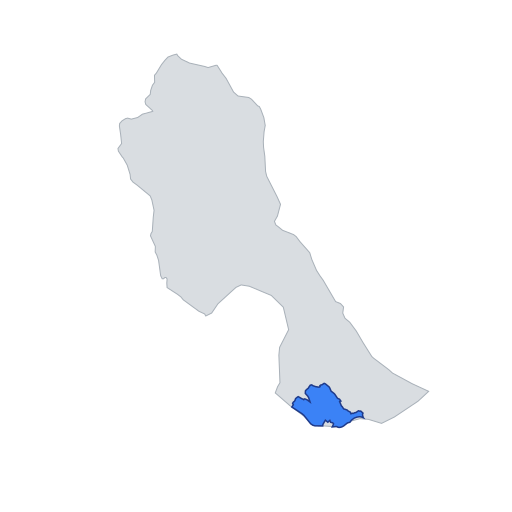 Ventspils highlighted on a map of Latvia, rotated 234°
{"feature_id": "LVA-934", "entity_name": "Ventspils", "entity_type": "Municipality", "adm_level": 1, "iso_a3": "LVA", "parent_name": "Latvia", "parent_adm1": "", "projection": "robinson", "projection_center": [21.854, 57.3], "detail": "fine", "context": "in_parent", "style": "filled", "palette": "blue", "viewbox_px": 512, "rotation_deg": 234, "n_neighbors": 0, "source": "natural_earth", "source_scale": "10m", "svg_char_len": 3284}
<svg xmlns="http://www.w3.org/2000/svg" viewBox="0 0 512 512"><g transform="rotate(234 256 256)"><path d="M375.0,346.5L372.0,346.1L363.4,343.7L356.2,340.2L351.8,335.6L344.2,329.1L339.3,325.9L331.6,321.8L318.7,313.4L314.1,311.5L291.6,307.9L283.4,306.2L275.7,296.8L273.2,291.3L269.5,290.3L265.5,291.5L261.2,292.6L251.2,299.0L248.0,299.9L241.7,300.0L227.1,301.4L220.4,299.1L208.8,296.5L202.5,296.1L197.0,296.1L172.3,293.6L167.8,296.4L163.3,296.9L158.8,292.6L153.3,291.4L147.3,292.9L136.3,293.0L123.2,291.7L106.6,290.6L104.1,291.1L85.6,296.7L81.1,297.6L61.0,307.2L45.0,316.1L43.3,301.8L44.4,273.3L46.8,259.2L57.8,250.9L63.3,244.5L66.6,235.9L67.6,228.0L69.8,221.5L85.6,202.7L98.1,200.7L115.0,195.5L133.9,191.1L137.6,196.7L139.4,200.9L162.3,216.2L168.2,221.4L177.2,239.1L198.5,248.0L215.1,245.2L222.3,240.8L235.5,232.8L241.3,227.0L242.4,221.3L239.7,197.1L235.9,186.6L237.0,180.1L239.3,180.4L244.9,177.3L263.3,171.4L267.0,171.2L271.1,170.0L282.7,165.5L286.5,167.9L289.7,170.6L291.4,170.6L292.2,169.6L291.9,167.9L292.7,166.7L296.1,167.3L309.7,174.6L315.0,176.3L318.5,176.8L322.9,180.2L334.4,182.5L335.9,184.3L336.8,186.5L347.9,195.8L352.9,200.4L362.6,204.7L366.8,205.7L383.5,201.4L388.1,199.9L392.0,199.8L396.0,202.1L405.1,205.2L413.3,206.2L414.8,206.0L421.7,206.3L424.1,207.5L426.0,213.4L434.0,218.0L441.5,221.9L443.4,223.7L444.1,227.1L443.8,231.2L443.0,233.2L440.0,235.6L437.6,241.7L437.5,247.5L433.7,257.5L434.6,257.7L443.4,255.9L446.0,256.9L448.0,259.1L448.9,265.4L451.9,268.2L455.0,272.6L456.1,276.1L461.9,280.1L462.5,282.8L466.4,292.1L467.9,297.5L468.7,301.7L467.3,307.0L465.9,310.6L464.1,310.4L459.1,311.3L451.2,315.6L439.6,325.8L436.6,328.0L433.8,335.8L433.1,336.6L426.1,336.2L424.2,336.0L417.2,336.2L401.8,334.2L396.0,335.5L388.5,343.3L385.5,344.5L376.5,345.6L375.0,346.5Z" fill="#d9dde1" stroke="#a8b0b8" stroke-width="1"/><path d="M62.0,247.8L63.9,246.6L65.2,245.2L66.3,243.0L67.1,240.3L67.1,237.2L67.0,236.4L66.3,234.4L66.5,233.6L67.0,232.5L67.2,231.9L67.0,227.0L67.2,225.4L67.6,224.0L68.3,222.7L69.2,221.7L70.2,221.3L71.0,220.6L72.9,217.2L73.8,218.8L74.6,220.1L76.0,220.0L77.6,218.6L79.6,219.1L79.3,216.4L82.4,215.6L80.5,211.3L80.0,210.6L79.3,210.1L83.9,203.9L85.7,202.5L88.1,201.6L98.9,201.1L101.4,200.5L112.8,196.2L113.6,198.5L113.9,198.9L114.6,198.8L115.3,199.0L115.9,200.6L115.8,201.4L116.1,202.3L116.6,203.2L117.2,203.9L117.4,204.4L117.5,206.8L117.4,207.5L113.4,209.3L112.6,209.9L111.7,210.2L111.9,210.7L111.9,211.2L111.3,211.8L109.6,212.8L106.1,213.9L110.4,215.3L112.4,215.5L115.8,215.1L116.7,215.8L117.7,216.6L118.0,217.0L118.3,219.3L118.3,220.6L118.8,221.6L119.6,224.0L119.3,224.2L119.2,225.0L118.9,225.4L117.6,225.8L115.2,227.5L112.9,229.8L112.6,230.8L112.7,231.1L113.5,231.4L113.6,232.4L113.2,233.3L113.0,233.9L113.0,234.3L113.0,234.6L113.0,235.9L112.9,236.2L112.8,236.4L111.7,237.0L107.1,238.2L105.9,238.1L102.4,237.3L101.3,237.7L98.7,238.4L97.8,238.5L93.3,238.3L92.7,238.4L92.1,238.8L91.1,239.4L88.8,239.4L89.1,238.6L89.2,238.3L89.1,238.0L87.8,237.8L84.6,237.0L83.4,237.2L81.8,237.1L81.2,237.1L80.5,237.2L79.6,238.0L77.6,239.3L76.5,239.4L74.4,240.5L72.5,240.1L72.3,241.4L71.5,242.0L71.2,243.7L70.6,244.9L70.6,246.9L70.5,248.0L69.4,248.8L69.0,249.6L66.0,250.2L65.3,249.1L64.0,248.4L62.2,247.8L62.0,247.8Z" fill="#3b82f6" stroke="#1e3a8a" stroke-width="1.5"/></g></svg>